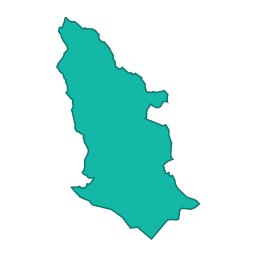 the district of Jølster nor, Sogn og Fjordane, Norway, rotated 89°
{"feature_id": "86288312B82743571298171", "entity_name": "Jølster nor", "entity_type": "district", "adm_level": 2, "iso_a3": "NOR", "parent_name": "Norway", "parent_adm1": "Sogn og Fjordane", "projection": "orthographic", "projection_center": [6.402, 61.569], "detail": "fine", "context": "isolated", "style": "filled", "palette": "teal", "viewbox_px": 256, "rotation_deg": 89, "n_neighbors": 0, "source": "geoboundaries", "source_scale": "gbopen_adm2", "svg_char_len": 5787}
<svg xmlns="http://www.w3.org/2000/svg" viewBox="0 0 256 256"><g transform="rotate(89 128 128)"><path d="M73.5,119.8L74.3,120.6L74.4,122.8L73.4,123.2L72.9,123.6L72.9,124.2L73.1,125.1L73.1,125.9L72.6,126.7L72.1,127.5L67.3,132.8L68.1,133.4L68.2,133.6L69.0,135.4L68.6,136.2L67.9,137.2L66.9,138.5L66.4,139.2L63.6,139.7L63.0,139.7L61.7,139.7L58.2,141.7L55.1,141.5L52.6,142.9L51.8,143.3L50.4,144.1L48.7,144.8L47.8,145.3L47.0,146.1L44.6,147.7L44.1,148.6L42.8,149.1L41.8,150.0L41.7,150.5L41.9,151.1L40.7,153.3L38.4,155.5L37.2,155.6L33.9,155.4L32.8,156.9L31.7,157.7L30.3,158.6L28.5,161.6L28.4,162.6L28.1,167.4L28.0,168.0L27.2,169.1L27.4,169.8L28.5,170.3L28.5,171.1L28.2,171.4L23.7,176.0L22.1,177.8L21.0,179.3L20.8,179.6L20.8,181.5L20.6,182.1L20.4,184.1L19.8,184.9L19.1,185.5L16.6,188.1L16.6,188.7L20.8,189.8L26.5,192.0L26.2,192.4L26.2,193.0L26.3,193.2L26.3,193.8L26.3,194.3L26.3,194.7L26.4,194.8L27.4,194.9L28.5,195.4L29.1,195.5L29.7,195.6L30.4,195.6L32.8,193.9L33.7,193.4L35.8,192.9L39.2,191.4L44.8,187.6L48.5,186.8L51.5,189.6L52.3,190.6L54.6,190.7L56.8,192.2L60.3,194.9L61.7,196.3L66.0,198.1L67.9,196.2L70.1,195.4L72.9,192.0L77.0,191.0L78.8,189.2L79.7,189.3L80.4,189.6L80.8,189.3L82.1,189.1L82.4,189.0L82.6,188.8L83.0,188.5L85.6,187.8L86.7,187.7L87.2,187.7L88.6,187.7L89.0,187.7L89.5,187.8L90.6,188.2L91.0,188.5L91.5,189.0L91.8,189.4L92.4,188.7L93.4,187.9L94.2,187.2L95.4,186.2L96.7,185.4L98.0,184.2L98.4,183.6L98.6,183.0L98.7,182.6L98.8,182.3L100.0,182.8L102.0,183.0L102.8,182.9L104.6,182.3L105.2,182.3L106.2,182.7L107.6,183.4L108.7,184.0L109.2,184.2L109.9,183.9L111.1,183.4L124.2,180.7L125.0,180.7L126.1,181.1L127.0,181.1L128.1,180.8L130.5,179.3L130.8,178.3L130.9,177.8L131.2,177.0L131.8,176.4L132.3,176.0L132.6,175.6L132.6,175.2L132.6,174.8L132.7,174.5L132.9,174.2L133.1,173.9L133.4,173.6L133.7,173.3L134.1,172.8L134.6,172.4L135.2,172.5L135.7,172.6L136.7,172.9L137.1,172.9L137.5,172.8L138.2,172.4L140.2,171.7L140.4,171.8L141.0,172.0L141.3,172.1L141.5,172.0L142.9,171.0L143.5,170.6L144.4,170.1L145.5,169.6L147.8,168.6L149.2,168.0L150.3,168.0L151.0,168.1L151.8,168.3L154.1,169.1L154.7,169.4L157.6,171.1L158.2,171.4L159.3,171.8L160.2,171.8L163.0,171.8L165.4,171.9L167.7,172.2L168.4,172.4L169.4,172.9L169.8,173.0L170.1,173.2L171.1,174.1L171.7,174.5L172.2,174.2L172.5,174.0L173.5,172.8L174.1,172.0L174.1,171.4L174.3,170.5L175.9,169.4L177.1,168.4L177.2,167.8L177.3,166.3L177.3,164.9L177.3,163.8L177.5,163.0L179.5,164.3L180.5,164.9L182.4,166.4L183.4,167.5L183.2,169.4L183.1,169.9L183.5,170.0L184.5,170.2L185.1,170.4L185.9,171.1L186.3,171.6L187.4,172.8L187.5,173.2L187.4,173.5L187.0,174.0L187.0,176.2L186.9,176.3L186.0,177.0L185.5,177.4L185.6,177.6L186.2,178.9L186.3,179.3L186.2,179.9L186.2,181.0L186.2,183.7L186.3,184.7L186.4,185.6L188.4,183.9L189.3,183.0L190.1,182.4L192.0,180.8L193.4,179.5L194.2,178.8L196.1,177.1L196.9,175.5L198.0,173.2L198.9,171.2L199.4,169.6L199.8,168.4L200.1,168.1L201.2,167.4L203.4,165.6L204.0,165.0L204.4,164.1L204.9,162.2L205.1,161.3L205.3,160.5L206.0,157.7L206.9,154.6L207.2,153.2L207.6,151.8L208.1,149.9L208.2,149.4L209.2,146.0L209.6,145.5L209.9,145.0L211.2,143.3L214.6,138.6L214.9,138.1L215.5,137.5L216.4,136.1L216.9,135.5L217.1,135.2L217.5,134.9L219.7,133.4L220.8,132.5L221.5,132.1L223.1,130.9L224.2,130.1L227.4,127.7L228.1,127.3L227.9,125.2L227.7,123.6L227.5,122.2L227.3,120.2L232.5,114.4L236.6,109.7L239.4,106.5L234.4,102.1L232.6,100.5L230.9,99.1L227.6,96.1L225.4,94.3L222.8,92.0L222.5,91.8L221.6,90.9L220.6,90.1L220.3,86.4L220.3,85.3L220.3,84.1L220.5,83.4L220.8,81.7L220.5,81.0L220.4,80.5L220.2,79.1L211.5,77.8L209.6,76.3L209.4,75.5L209.2,74.5L209.4,73.9L209.7,71.0L210.0,68.8L210.3,66.7L209.2,63.6L208.9,62.6L206.2,59.2L205.2,57.9L202.6,60.3L201.6,61.2L198.1,70.5L197.0,71.6L189.5,79.1L188.1,80.2L184.6,81.6L183.2,82.0L181.1,82.1L176.3,84.3L176.9,85.8L176.4,87.2L174.2,87.8L173.6,87.9L173.2,88.0L173.6,88.4L174.1,88.7L174.0,89.1L173.9,89.4L174.1,90.3L174.2,90.9L173.6,91.4L171.5,91.7L171.0,92.5L170.8,92.8L170.4,92.9L170.0,92.8L169.6,92.7L169.0,92.4L167.9,92.9L166.2,93.3L165.8,93.2L165.4,93.0L164.5,92.0L163.6,90.9L162.9,89.8L162.1,88.9L161.7,88.3L161.5,88.0L160.9,86.3L160.6,85.1L160.1,83.8L159.8,84.2L159.0,84.6L157.7,85.4L157.2,85.5L156.9,85.7L155.0,85.7L154.0,85.7L153.7,85.6L153.0,85.6L143.6,84.8L140.4,85.9L138.4,86.4L136.8,86.9L136.5,87.1L136.3,87.3L135.9,87.4L131.4,87.0L130.1,87.6L127.5,89.0L125.3,90.4L126.1,91.6L126.4,92.5L126.5,93.0L124.4,97.8L123.9,99.1L123.3,100.3L122.1,103.3L121.2,105.3L120.4,107.4L119.7,108.8L119.0,110.6L118.6,110.0L118.2,109.6L117.9,109.4L117.3,109.1L116.9,109.5L116.6,109.6L116.2,109.6L115.3,109.2L114.7,109.0L114.3,109.0L113.9,109.2L113.2,109.5L112.5,109.2L111.7,108.9L109.3,108.2L108.9,108.0L108.8,107.9L108.2,107.2L107.1,106.4L106.4,106.0L105.8,105.7L104.5,105.0L105.4,104.0L105.7,103.6L106.4,102.7L106.7,102.2L107.1,101.5L107.3,101.0L107.9,99.4L108.2,98.7L108.2,98.4L108.1,97.5L108.0,97.1L107.8,96.5L107.7,96.2L107.6,95.9L107.4,95.6L106.9,95.0L106.6,94.7L106.3,94.6L105.4,94.1L104.1,93.4L103.4,92.9L102.4,92.0L102.2,91.7L102.1,91.2L102.1,90.9L102.1,89.5L102.4,88.2L102.5,88.1L101.7,88.2L99.4,88.3L99.0,88.2L98.4,88.1L98.0,88.2L96.9,88.2L96.2,88.0L95.8,87.8L95.3,87.5L92.7,89.8L91.4,90.8L91.1,91.2L91.2,91.5L91.5,92.1L91.9,93.2L92.2,94.5L92.3,95.0L92.4,96.0L92.6,96.8L92.7,97.7L92.9,98.6L93.0,99.1L93.0,99.4L92.6,100.5L92.2,102.0L92.2,102.3L92.3,102.7L92.8,103.5L93.0,103.8L92.9,104.5L92.6,105.0L92.4,105.5L92.4,105.9L92.4,106.3L92.5,106.6L92.6,107.2L92.7,107.6L92.6,107.8L92.3,108.2L92.0,108.5L90.5,109.5L90.3,109.6L89.7,109.6L87.6,110.2L86.8,110.4L85.4,110.1L84.8,110.1L84.4,110.2L84.1,110.4L83.2,110.9L82.8,111.2L82.6,111.5L81.7,112.0L81.3,112.2L80.8,112.7L79.7,113.5L79.4,113.7L77.9,113.5L77.6,114.0L76.9,114.9L76.5,115.6L75.6,116.8L74.7,118.1L73.5,119.8Z" fill="#14b8a6" stroke="#0f766e" stroke-width="1.5"/></g></svg>